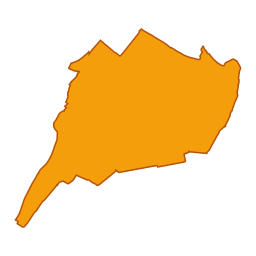 Beek, Limburg, Netherlands (Albers equal-area conic projection)
{"feature_id": "6326949B12958717233979", "entity_name": "Beek", "entity_type": "district", "adm_level": 2, "iso_a3": "NLD", "parent_name": "Netherlands", "parent_adm1": "Limburg", "projection": "albers", "projection_center": [5.806, 50.927], "detail": "fine", "context": "isolated", "style": "filled", "palette": "amber", "viewbox_px": 256, "rotation_deg": 0, "n_neighbors": 0, "source": "geoboundaries", "source_scale": "gbopen_adm2", "svg_char_len": 5336}
<svg xmlns="http://www.w3.org/2000/svg" viewBox="0 0 256 256"><path d="M54.4,122.0L54.1,122.5L53.8,123.4L53.7,123.6L53.6,124.8L53.8,125.9L54.0,126.7L53.8,126.8L54.4,128.2L54.8,128.9L55.3,129.6L55.8,130.1L56.2,130.6L56.8,131.2L57.2,132.0L57.3,132.5L57.4,133.4L57.2,135.0L57.2,135.8L57.2,137.7L57.0,139.3L56.9,140.1L56.8,140.5L56.6,141.0L56.2,142.0L55.1,144.9L54.9,145.4L54.1,147.5L54.0,148.3L53.8,148.9L52.4,152.5L51.6,154.6L51.2,155.5L50.4,157.2L49.6,158.7L48.5,160.6L47.6,162.0L47.2,162.7L46.4,163.6L46.1,164.1L40.5,169.5L40.2,169.9L38.7,172.4L38.5,172.6L38.6,173.2L38.3,173.3L38.0,173.6L37.5,174.3L37.2,174.6L36.9,175.1L36.2,176.8L35.9,177.5L33.7,180.9L32.6,182.8L31.8,184.3L25.4,196.9L24.4,199.0L23.8,200.6L23.5,201.4L20.4,210.8L20.0,211.8L19.6,212.9L19.1,214.0L18.3,215.4L17.9,216.2L17.0,217.7L16.8,217.9L16.7,218.2L16.2,218.9L15.4,219.9L15.8,220.2L16.2,219.9L16.6,220.4L16.7,220.5L18.2,221.6L17.4,222.9L17.2,223.2L17.2,223.3L17.2,223.5L17.4,223.8L18.4,224.4L22.4,226.9L23.0,227.0L23.5,227.0L24.0,226.8L24.4,226.6L26.3,224.5L27.3,223.2L28.5,221.5L29.7,219.8L34.1,212.9L34.5,212.5L34.8,212.2L35.9,211.3L36.5,210.6L42.1,202.0L42.7,201.4L44.5,200.0L44.9,199.6L45.3,199.1L55.6,186.8L56.1,186.1L56.6,185.4L56.7,185.1L56.9,184.8L57.5,185.2L57.7,184.8L57.7,184.7L57.8,184.5L58.8,182.9L59.0,182.7L59.3,182.4L59.8,182.2L62.2,181.3L62.8,181.2L63.2,181.2L63.6,181.4L66.9,183.3L67.5,183.6L68.0,183.7L68.3,183.7L68.8,183.5L72.9,180.4L73.3,180.0L73.6,179.6L76.3,175.2L78.5,176.2L84.9,179.0L85.1,179.1L86.9,179.9L88.9,180.0L92.0,182.3L92.4,182.6L94.8,183.7L95.7,184.2L96.3,184.7L97.0,185.4L98.2,185.2L99.0,184.8L99.7,184.3L102.9,181.7L115.2,171.7L115.4,171.5L115.8,171.0L115.8,170.2L118.8,172.5L143.1,168.0L156.9,165.5L157.4,166.2L157.6,166.7L157.7,167.0L184.7,161.9L185.5,161.1L184.0,154.1L185.7,153.2L185.9,153.6L188.8,152.2L188.9,151.3L189.1,151.5L189.8,151.9L190.3,151.9L191.6,152.0L193.1,152.1L193.6,152.2L204.0,153.2L206.6,153.4L206.4,153.0L209.2,150.2L209.4,149.9L209.7,149.4L210.4,148.0L215.5,138.7L216.1,137.5L216.0,137.4L216.4,136.8L217.2,135.7L217.4,135.4L217.6,135.0L218.2,134.2L218.7,133.0L218.9,132.6L219.3,131.7L219.2,131.4L219.9,130.5L220.4,130.1L222.1,128.7L223.7,127.2L224.1,127.1L225.6,126.4L225.1,125.7L227.1,122.2L228.4,119.2L228.5,118.9L228.5,119.0L228.6,118.8L228.8,118.2L229.1,117.7L229.6,116.9L229.8,116.1L230.0,115.5L230.1,114.4L230.2,113.6L230.7,112.6L231.8,111.1L232.3,110.1L232.4,109.4L232.5,108.9L232.6,108.4L232.8,107.9L233.1,107.3L233.3,106.7L233.9,104.6L234.4,103.3L235.0,101.9L235.6,100.5L235.7,100.2L235.9,100.0L236.2,99.6L236.3,99.2L236.4,98.6L236.5,98.4L237.0,97.4L237.6,95.9L237.7,95.5L237.7,95.0L237.5,94.5L237.3,93.8L237.2,93.7L237.3,93.1L237.1,92.3L237.1,92.1L237.2,91.3L237.2,90.7L237.5,90.7L238.1,87.2L238.3,85.9L237.9,85.2L238.0,85.2L237.9,85.0L238.1,84.6L238.3,84.2L238.6,83.8L238.8,83.7L238.9,82.0L239.1,79.8L239.0,79.5L238.6,79.1L238.6,78.8L238.5,78.7L238.6,77.1L238.8,76.3L238.8,75.0L239.3,72.7L239.5,71.6L239.5,70.9L239.6,70.6L239.7,70.3L239.8,70.2L240.0,70.0L240.2,69.7L240.2,69.3L240.4,68.8L240.5,68.3L240.6,67.9L239.8,66.4L239.6,66.0L239.4,65.5L238.0,63.1L237.6,62.3L237.3,61.7L237.1,61.4L236.7,61.0L236.1,60.6L235.0,59.9L234.9,60.0L234.8,59.9L234.1,59.4L233.8,59.3L233.6,59.2L233.3,59.2L232.5,59.3L231.6,59.6L230.1,60.5L225.8,62.6L225.3,63.1L225.0,63.6L224.7,64.0L224.4,65.0L223.9,65.6L223.4,65.7L222.8,65.7L222.4,65.6L221.7,65.3L220.0,64.4L218.0,63.2L217.0,62.4L214.8,60.4L213.4,59.2L212.9,58.6L212.3,57.9L209.3,54.1L208.7,53.6L208.0,53.5L207.7,53.6L207.3,53.3L207.5,53.2L207.1,52.9L206.8,51.9L206.5,51.5L206.2,51.1L205.8,50.7L205.7,50.8L205.6,50.7L205.8,50.5L205.0,49.7L204.2,48.7L204.0,48.4L203.8,47.7L203.5,46.4L203.3,46.3L202.9,46.3L202.4,47.2L202.2,47.6L202.0,48.0L201.4,48.8L201.2,49.4L201.2,49.8L201.2,50.1L201.4,50.7L201.5,50.9L201.7,51.2L202.2,51.7L202.3,51.7L202.5,51.8L202.5,52.0L202.1,52.6L201.6,53.2L200.5,55.3L199.9,56.1L200.3,56.9L200.4,57.1L200.4,57.5L200.5,57.6L200.2,58.9L198.5,59.6L194.7,58.6L189.8,57.4L188.6,57.0L186.5,56.2L184.7,55.5L183.3,54.8L182.8,54.5L180.7,53.2L177.0,51.2L172.6,48.4L171.2,47.7L170.9,47.7L170.7,47.7L170.4,47.6L167.0,44.9L164.5,43.1L163.0,42.1L155.0,37.4L152.0,35.3L150.3,34.5L148.7,33.6L144.2,31.0L143.7,30.8L142.5,29.9L141.3,29.0L139.3,30.9L139.6,31.2L139.0,32.7L138.9,32.9L138.6,33.3L138.4,33.6L137.9,34.3L137.9,34.2L136.8,35.6L122.5,53.6L122.2,53.9L121.7,54.3L121.5,54.5L121.4,54.8L121.0,55.4L120.8,55.6L120.2,56.0L119.7,56.0L115.7,52.6L115.0,52.7L100.4,40.3L99.2,41.7L98.4,42.6L98.3,42.8L97.8,43.3L97.7,43.5L95.0,46.5L92.5,49.5L92.3,49.4L92.2,49.6L92.3,49.7L92.2,49.8L90.2,52.5L89.5,53.1L89.1,53.8L88.8,51.8L88.0,52.7L87.1,53.6L83.3,56.6L83.0,57.2L81.5,58.3L79.8,59.4L79.3,59.7L79.3,60.0L79.2,60.1L77.1,61.0L75.1,61.9L74.2,62.2L73.9,62.4L72.3,62.9L70.9,63.3L70.6,64.3L68.8,68.0L69.3,68.2L69.1,68.6L74.2,70.9L79.2,71.5L78.6,72.9L78.0,72.7L76.7,75.6L77.0,75.8L75.4,77.8L71.1,81.9L71.4,82.1L69.2,84.6L70.2,85.5L69.1,88.4L68.9,88.8L69.0,89.3L68.5,91.8L68.0,91.8L67.6,95.0L68.1,95.3L67.9,96.5L67.8,97.2L66.5,100.8L65.8,102.3L67.7,103.6L64.8,106.4L66.3,107.6L64.1,110.2L64.3,110.8L63.1,111.1L62.5,111.3L62.0,111.6L61.1,112.1L60.0,113.0L59.3,113.8L58.9,114.3L58.6,114.9L57.2,117.6L56.9,118.3L56.5,119.1L56.4,119.1L56.2,119.4L56.2,119.6L56.1,119.8L55.8,120.3L55.6,120.5L55.4,120.8L54.4,122.0Z" fill="#f59e0b" stroke="#b45309" stroke-width="1.5"/></svg>